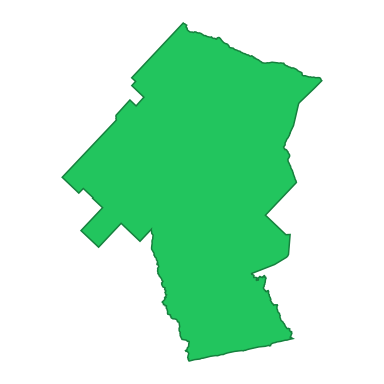 San Cayetano, Buenos Aires, Argentina
{"feature_id": "61730980B1791021048372", "entity_name": "San Cayetano", "entity_type": "district", "adm_level": 2, "iso_a3": "ARG", "parent_name": "Argentina", "parent_adm1": "Buenos Aires", "projection": "albers", "projection_center": [-59.479, -38.405], "detail": "fine", "context": "isolated", "style": "filled", "palette": "green", "viewbox_px": 384, "rotation_deg": 0, "n_neighbors": 0, "source": "geoboundaries", "source_scale": "gbopen_adm2", "svg_char_len": 6000}
<svg xmlns="http://www.w3.org/2000/svg" viewBox="0 0 384 384"><path d="M188.9,360.9L189.4,361.0L194.7,359.6L200.1,359.0L200.5,358.7L201.7,358.3L203.0,358.2L210.5,356.3L215.3,355.6L217.7,355.7L221.0,354.6L223.4,354.5L224.8,353.8L227.6,352.9L234.7,351.4L241.5,350.6L243.5,350.8L244.1,350.4L245.5,350.3L247.2,349.6L250.0,348.9L258.9,346.9L265.3,346.3L268.6,345.4L269.1,345.7L269.4,345.6L269.7,345.9L270.6,345.6L270.6,344.7L271.2,344.1L271.8,343.6L273.5,342.9L275.2,342.6L277.1,341.9L280.6,341.4L285.2,340.2L287.0,340.1L289.3,339.4L292.9,338.6L291.5,337.8L291.1,338.0L290.9,337.7L290.6,337.5L290.4,337.9L290.2,337.3L290.2,337.1L290.5,337.0L290.8,336.4L291.1,335.1L291.8,333.6L291.9,333.1L291.4,332.5L291.6,331.8L291.1,331.5L290.6,331.6L290.3,331.1L289.6,330.7L289.5,329.9L289.8,329.0L288.5,328.4L287.2,328.6L286.7,328.2L286.2,327.3L285.4,326.5L284.4,324.0L283.5,323.1L282.8,321.8L281.2,320.6L280.9,320.1L280.4,318.3L279.8,317.0L280.2,315.7L279.8,315.2L279.4,313.3L278.8,312.9L278.2,312.3L277.6,311.1L277.6,310.2L276.9,308.6L277.0,306.3L276.9,306.0L277.5,305.5L277.3,304.8L274.5,304.8L273.7,305.2L272.9,303.8L272.0,303.2L271.8,303.0L271.8,302.6L270.3,300.1L270.8,299.6L270.8,299.3L270.2,297.6L269.3,296.1L269.2,294.5L268.7,294.0L268.4,293.2L268.4,292.9L268.7,291.9L268.2,290.6L267.6,290.7L267.0,291.5L266.5,291.7L266.0,291.6L265.6,291.4L265.7,290.7L264.5,290.0L263.5,288.3L263.4,287.8L263.6,287.3L264.2,286.2L264.2,285.0L264.8,284.2L264.8,283.2L265.2,282.3L265.5,279.1L266.0,278.6L265.7,277.8L265.8,277.4L265.6,277.1L264.5,277.1L264.6,275.9L264.4,275.6L264.0,275.7L263.9,276.3L262.9,276.7L262.6,277.5L262.3,277.6L261.9,277.2L261.1,277.3L260.6,276.7L259.8,276.5L259.5,276.6L259.5,277.3L259.3,277.5L258.0,278.0L257.9,278.3L258.1,279.2L258.4,279.8L258.3,280.1L256.5,280.4L256.3,280.1L256.3,279.7L256.8,278.5L256.9,278.0L256.6,277.6L255.4,277.4L253.8,277.5L253.7,276.4L254.0,275.9L253.9,275.4L252.4,274.4L251.8,274.3L251.6,273.5L274.6,264.5L286.5,257.3L287.7,256.0L288.5,254.4L290.1,234.5L285.9,234.7L265.4,215.2L296.4,182.5L295.9,180.6L295.0,179.1L294.9,178.2L293.3,173.9L293.1,172.7L292.8,172.2L292.4,170.6L290.9,168.1L290.5,166.0L290.1,165.6L288.9,162.8L288.1,161.5L288.0,160.0L287.8,159.7L288.0,159.1L289.0,157.6L289.7,156.0L289.5,154.7L288.0,152.5L288.0,151.8L287.5,151.4L286.6,150.0L285.5,149.3L285.0,149.6L284.4,148.8L283.6,147.0L285.1,145.0L285.1,142.8L286.2,140.9L286.7,139.4L288.0,137.8L289.0,135.9L289.3,135.6L289.6,134.4L290.2,133.2L290.3,132.7L290.1,132.7L293.5,125.6L298.5,104.2L298.8,103.4L299.5,102.5L314.8,87.8L321.8,80.7L321.2,80.1L320.5,78.4L319.9,77.9L319.0,77.6L315.5,77.7L313.8,77.1L311.9,77.4L310.6,76.9L309.1,77.0L305.1,75.7L303.4,75.8L302.3,75.2L301.9,72.8L301.3,72.4L298.2,71.0L296.5,69.4L293.6,68.0L292.6,67.9L291.7,68.1L290.1,67.2L288.7,66.9L287.9,66.5L287.5,66.0L286.4,65.8L285.1,64.9L284.4,64.7L284.2,64.4L284.0,63.4L283.7,63.2L282.1,63.2L280.9,62.9L278.7,63.2L278.0,62.9L272.0,62.2L268.9,62.9L267.3,62.8L265.1,63.2L262.0,62.7L261.7,62.1L261.1,61.7L260.7,61.6L258.2,59.7L257.3,59.5L257.2,59.3L256.1,58.9L255.4,58.1L254.1,58.0L254.0,57.2L252.4,56.4L252.2,56.0L251.4,55.8L250.3,56.3L249.5,55.9L248.6,55.0L247.0,54.8L246.1,54.4L245.4,53.9L242.9,53.2L241.7,52.4L240.8,52.2L240.2,51.4L239.7,51.2L238.2,50.9L237.0,50.2L234.6,49.5L233.3,48.2L230.2,47.7L229.3,47.1L229.0,46.1L227.6,44.3L226.5,43.8L225.5,43.6L223.7,42.6L221.6,40.3L220.4,38.6L219.3,37.6L218.4,37.5L217.6,37.8L217.1,38.1L216.8,38.9L216.6,39.1L215.9,39.1L215.6,38.7L214.5,38.3L213.2,38.4L211.9,37.6L211.8,37.2L211.4,36.9L210.8,37.2L209.0,37.0L206.4,36.3L205.9,35.7L205.4,35.6L203.7,35.5L203.3,35.0L201.1,33.5L199.4,32.9L198.5,33.1L197.9,32.8L196.9,32.7L196.0,32.0L194.5,31.9L193.5,32.5L193.1,32.5L192.5,32.1L190.0,32.0L189.3,31.4L188.7,31.2L188.1,30.5L187.5,30.1L187.1,29.2L187.2,28.2L186.3,27.5L186.0,26.8L186.7,25.2L185.4,24.5L184.9,23.9L183.8,23.6L183.2,23.0L131.7,77.8L135.6,81.4L131.8,85.6L143.9,97.2L136.1,105.9L129.9,100.0L116.1,115.2L115.9,116.1L116.2,117.6L115.9,118.7L116.4,120.0L62.2,177.3L78.8,193.1L83.3,188.5L93.1,197.7L92.6,198.3L102.6,207.7L81.0,230.6L98.6,247.2L121.1,223.3L140.0,241.3L151.3,229.3L151.2,230.2L151.5,230.9L151.7,233.0L151.8,233.5L153.1,235.2L152.8,237.5L152.8,238.7L152.1,240.4L152.0,242.1L152.2,242.9L151.6,247.3L151.6,249.1L154.0,253.2L154.2,254.1L153.9,254.9L154.0,255.2L154.4,255.5L154.9,256.9L156.2,258.1L156.5,260.0L157.4,260.8L157.4,262.1L157.7,262.6L157.7,263.3L157.1,263.4L157.0,264.5L158.3,264.9L158.3,265.4L158.8,266.6L158.4,267.3L158.0,267.7L157.6,268.6L157.9,269.7L157.6,270.2L157.7,270.9L157.6,271.4L158.2,273.1L157.9,273.4L157.9,273.6L158.9,274.7L159.2,275.3L159.1,275.8L160.0,276.5L160.2,277.1L161.5,278.7L162.0,280.4L162.9,281.3L162.5,281.9L162.2,282.8L161.7,282.9L161.8,283.6L161.6,283.9L161.9,284.8L162.1,284.9L162.2,285.6L163.0,286.9L163.3,287.2L164.0,287.3L165.1,287.9L164.6,289.1L164.8,289.3L164.9,289.9L165.6,290.2L165.8,290.8L165.6,291.1L165.7,291.4L165.0,292.3L165.5,292.8L165.4,293.4L165.5,294.1L166.6,294.9L165.6,296.3L165.9,297.2L165.0,297.2L164.6,297.8L165.0,298.1L165.1,298.4L164.9,298.4L164.7,299.5L163.4,301.0L162.5,301.6L162.3,301.9L162.3,302.4L163.5,303.4L163.5,304.6L164.5,304.7L164.9,305.0L165.1,305.8L166.4,305.8L166.4,307.5L166.2,308.0L167.2,309.4L167.1,309.8L167.6,311.5L167.5,313.3L167.8,314.2L170.4,314.9L170.4,316.0L171.0,316.5L171.1,316.8L171.0,317.5L171.2,317.8L172.8,318.8L174.6,318.9L176.1,319.3L176.8,319.9L177.4,320.8L177.5,321.2L177.4,321.5L177.6,321.8L178.3,321.9L178.8,322.2L179.1,322.7L179.7,326.8L179.1,328.4L179.2,330.8L180.2,332.4L180.3,332.9L180.0,333.3L180.2,334.4L180.2,335.7L182.0,339.4L186.0,340.1L187.0,340.6L187.4,341.4L188.7,341.3L189.2,341.7L189.1,342.7L189.0,343.1L188.8,343.2L188.8,343.9L188.6,345.2L188.7,346.2L188.6,346.5L187.4,347.8L186.8,350.2L186.5,350.5L186.1,350.2L185.6,350.6L185.9,350.8L185.9,351.3L186.0,351.4L186.6,351.3L187.6,351.7L188.7,353.3L188.7,353.7L188.0,356.0L187.9,356.8L187.7,357.5L188.0,358.2L188.1,359.0L188.6,359.0L188.5,360.0L188.9,360.9Z" fill="#22c55e" stroke="#15803d" stroke-width="1.5"/></svg>